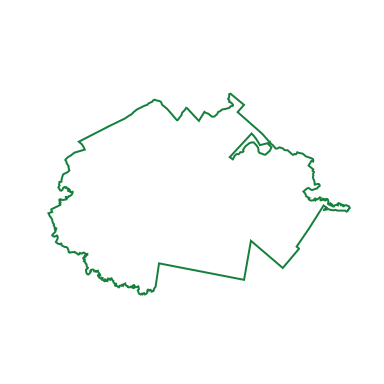 Raca, Arges, Romania, rotated 343°
{"feature_id": "2599482B74938824194628", "entity_name": "Raca", "entity_type": "district", "adm_level": 2, "iso_a3": "ROU", "parent_name": "Romania", "parent_adm1": "Arges", "projection": "albers", "projection_center": [25.033, 44.43], "detail": "fine", "context": "isolated", "style": "outline", "palette": "green", "viewbox_px": 384, "rotation_deg": 343, "n_neighbors": 0, "source": "geoboundaries", "source_scale": "gbopen_adm2", "svg_char_len": 5941}
<svg xmlns="http://www.w3.org/2000/svg" viewBox="0 0 384 384"><g transform="rotate(343 192 192)"><path d="M256.6,291.2L277.4,277.8L277.7,277.5L277.6,277.0L276.1,274.8L292.9,261.4L313.9,243.4L316.2,246.3L313.1,247.5L313.0,247.8L317.7,248.3L318.9,249.4L322.2,251.0L324.2,251.1L325.5,252.3L333.1,254.6L334.1,256.0L335.4,255.6L336.1,255.1L336.1,254.5L338.3,253.4L337.8,251.4L337.3,251.3L336.0,249.9L334.3,249.4L333.3,249.9L332.4,249.9L332.1,249.4L332.5,248.5L331.7,248.0L330.6,248.0L330.9,247.3L330.1,246.8L330.1,246.4L328.8,245.5L327.9,245.8L327.9,246.9L327.6,247.4L326.8,246.6L325.1,246.5L324.3,246.6L323.4,247.4L322.6,247.0L322.5,245.4L321.3,245.9L320.9,245.5L321.3,244.4L320.1,244.4L320.6,243.4L319.1,243.6L318.6,243.2L318.7,242.9L319.5,242.9L319.1,242.1L319.7,240.9L319.7,239.1L319.4,238.3L318.6,237.9L317.7,239.0L316.9,239.1L316.6,238.7L317.0,237.8L316.8,237.6L316.4,237.5L315.6,238.0L315.1,237.8L315.5,236.9L315.3,236.7L314.3,237.5L312.8,237.7L312.5,237.3L313.0,236.5L312.7,236.0L313.3,235.1L312.7,234.5L309.8,235.7L309.2,235.4L308.7,235.6L308.8,235.0L308.5,234.8L307.5,236.0L307.3,235.6L308.1,234.4L307.9,234.2L307.2,234.3L306.7,235.2L305.9,235.6L304.7,235.1L303.9,235.2L303.0,234.8L302.0,234.0L301.4,232.6L301.6,231.8L302.2,231.8L299.9,229.5L299.9,226.8L298.7,224.1L302.7,222.4L304.7,222.2L306.5,224.6L307.4,225.2L312.8,225.1L313.7,224.3L315.9,223.5L316.0,222.0L315.0,221.1L311.6,220.8L312.2,217.2L311.9,214.9L312.0,213.1L313.0,211.5L313.0,210.2L314.5,208.5L313.5,207.0L314.6,205.8L311.2,200.8L315.3,197.2L316.7,198.3L317.3,197.2L317.3,196.0L316.3,194.8L311.3,191.2L309.1,187.7L305.7,185.9L304.3,184.8L302.9,186.1L302.3,186.3L301.1,185.6L299.9,186.1L299.1,185.7L295.6,180.0L293.5,179.4L292.6,178.7L291.6,176.9L288.9,174.9L286.5,175.3L285.0,175.1L284.6,174.6L282.8,170.5L281.5,168.9L281.2,167.0L280.1,167.6L279.1,167.9L278.8,168.3L281.0,172.5L278.4,175.4L273.1,177.8L271.5,177.0L267.9,174.2L267.5,172.8L268.2,169.2L267.4,166.5L265.5,162.6L263.5,162.1L261.4,162.0L256.5,163.9L253.2,166.6L253.2,168.0L252.0,168.7L249.8,168.1L247.7,169.5L245.9,168.8L244.9,169.0L243.5,169.8L240.6,172.7L238.3,169.7L266.1,153.5L267.6,156.6L269.1,160.7L270.7,167.1L278.5,167.4L279.2,167.7L280.2,167.5L280.7,166.9L276.2,156.9L259.0,128.9L267.2,123.9L257.6,109.3L256.2,109.3L255.7,111.1L254.9,112.6L253.7,113.5L254.6,115.4L253.9,116.5L254.0,116.9L255.5,117.9L256.7,120.5L256.4,121.3L255.9,121.6L253.9,121.3L252.5,122.4L248.5,122.4L245.0,121.9L242.4,123.0L240.5,123.1L238.8,124.9L235.4,126.4L233.0,125.7L230.6,122.0L227.8,119.9L227.3,119.0L219.4,126.0L211.8,110.5L211.0,109.8L209.4,111.3L206.6,112.8L205.6,113.5L204.6,115.2L199.6,118.9L198.9,119.1L198.5,118.8L192.5,105.1L188.9,99.8L188.8,97.5L188.4,96.4L187.0,95.2L184.6,94.0L183.4,92.8L181.5,93.1L180.4,94.0L176.2,94.6L174.8,95.6L171.9,95.6L163.8,96.9L160.1,98.3L156.5,100.2L154.5,100.5L149.3,102.1L132.5,104.7L98.5,110.8L100.7,114.3L101.6,117.9L101.8,120.1L91.0,120.0L86.1,121.9L84.0,122.2L80.4,124.0L80.2,124.5L80.7,125.8L80.6,128.0L81.6,131.4L81.1,132.3L81.0,135.6L78.7,136.7L75.1,137.2L73.7,137.7L71.2,141.4L70.1,144.0L68.2,143.6L67.7,145.1L67.1,145.6L67.2,147.2L65.9,148.1L65.5,148.9L66.1,150.0L66.4,151.9L67.3,152.5L68.8,152.0L70.1,150.3L71.5,150.0L72.0,150.9L72.3,151.0L73.0,150.5L73.5,151.1L74.1,153.8L74.7,153.7L75.1,153.1L75.3,153.4L75.2,153.9L74.1,154.9L74.9,155.4L75.7,155.2L75.5,156.1L75.7,156.6L77.9,156.9L77.5,158.1L76.0,159.5L74.1,160.2L72.8,160.0L72.5,160.5L71.3,161.0L70.6,160.1L69.9,159.9L69.8,160.5L70.4,161.7L69.7,162.3L66.2,161.9L65.8,161.5L64.6,161.3L64.2,160.5L63.2,160.4L62.8,160.7L62.6,161.6L63.2,162.1L63.2,163.8L62.7,164.2L62.2,163.8L61.9,164.1L62.4,165.6L62.3,165.9L52.4,167.4L52.2,167.9L52.5,170.2L48.5,170.4L49.0,173.8L49.6,175.0L50.2,177.3L49.9,179.8L50.0,181.1L50.5,182.1L50.5,182.7L50.0,183.4L50.3,185.2L50.0,187.3L51.3,186.8L51.6,187.1L49.6,190.1L45.7,192.3L45.7,192.9L47.4,194.6L50.0,194.1L50.4,194.5L50.2,196.6L49.9,197.2L47.2,200.1L48.8,202.3L50.2,203.2L51.9,203.1L52.0,203.3L51.6,204.0L52.2,205.5L54.6,207.6L55.5,207.7L56.6,209.0L56.8,212.6L56.5,213.4L57.1,214.1L57.6,214.3L58.2,214.1L59.1,214.5L62.0,214.9L62.3,215.5L62.9,215.6L63.4,216.7L64.2,217.1L64.9,218.6L65.8,218.6L67.0,217.5L68.4,218.7L70.5,218.2L71.7,219.2L71.8,220.2L73.8,220.6L73.6,221.4L72.0,221.9L71.6,222.6L71.3,222.6L70.6,222.0L70.0,223.2L69.3,222.9L68.7,223.2L68.7,224.4L69.6,225.2L69.7,225.7L68.4,226.5L69.5,228.0L69.3,229.3L70.0,230.3L69.6,232.1L69.6,232.9L70.3,234.0L69.7,234.7L68.3,235.0L67.7,235.9L67.4,238.7L67.9,240.0L68.8,240.6L69.7,240.2L71.4,239.2L72.1,238.4L71.6,237.7L72.4,237.1L73.3,236.9L74.8,237.3L75.3,238.0L75.3,239.3L76.6,239.3L76.9,240.2L77.6,240.3L77.6,239.6L79.0,239.8L79.0,241.3L79.3,242.6L79.8,243.5L79.9,245.0L79.4,245.1L78.2,244.0L77.7,244.1L77.6,244.7L77.8,245.3L78.4,245.5L78.2,246.6L79.5,248.2L80.7,247.6L81.4,248.1L80.5,249.8L81.4,250.2L82.2,251.8L82.7,251.8L83.2,250.2L83.7,250.3L83.8,251.2L84.6,251.7L84.6,252.3L84.9,252.5L85.5,252.1L86.0,250.7L86.5,250.2L87.4,250.8L88.1,252.1L88.7,251.9L89.1,251.1L89.5,250.9L89.8,251.0L90.1,253.0L90.8,253.9L90.5,254.9L90.6,255.6L91.4,257.1L92.6,257.5L92.4,258.4L91.1,258.7L91.2,259.2L91.5,259.5L92.4,259.6L94.1,261.8L94.8,261.5L95.3,260.5L96.1,260.5L97.1,261.0L97.9,260.4L98.6,261.6L99.1,261.2L99.5,260.3L101.4,260.0L101.3,261.5L102.2,262.8L102.9,263.1L102.8,264.1L103.3,264.5L104.6,264.9L105.8,264.6L106.1,265.1L106.4,265.1L106.4,265.5L108.1,266.8L108.8,266.8L109.4,265.9L108.3,265.3L108.5,264.8L108.2,264.2L108.9,264.0L109.6,264.3L109.8,265.9L111.1,266.8L113.0,266.5L113.1,267.2L112.8,269.4L111.4,270.3L111.6,271.0L111.4,271.9L111.7,273.8L112.8,274.9L114.4,274.5L114.8,274.7L114.7,275.5L114.8,275.5L115.1,275.1L115.8,275.2L116.6,274.7L117.1,276.2L118.3,276.0L119.9,275.0L120.1,274.1L120.6,273.8L120.5,273.2L121.4,272.5L122.6,273.8L123.1,273.3L123.6,273.3L124.1,274.4L124.5,274.6L124.4,275.5L126.2,275.4L127.8,273.1L129.5,271.9L139.6,250.6L216.1,291.2L234.1,255.9L256.6,291.2Z" fill="none" stroke="#15803d" stroke-width="2"/></g></svg>